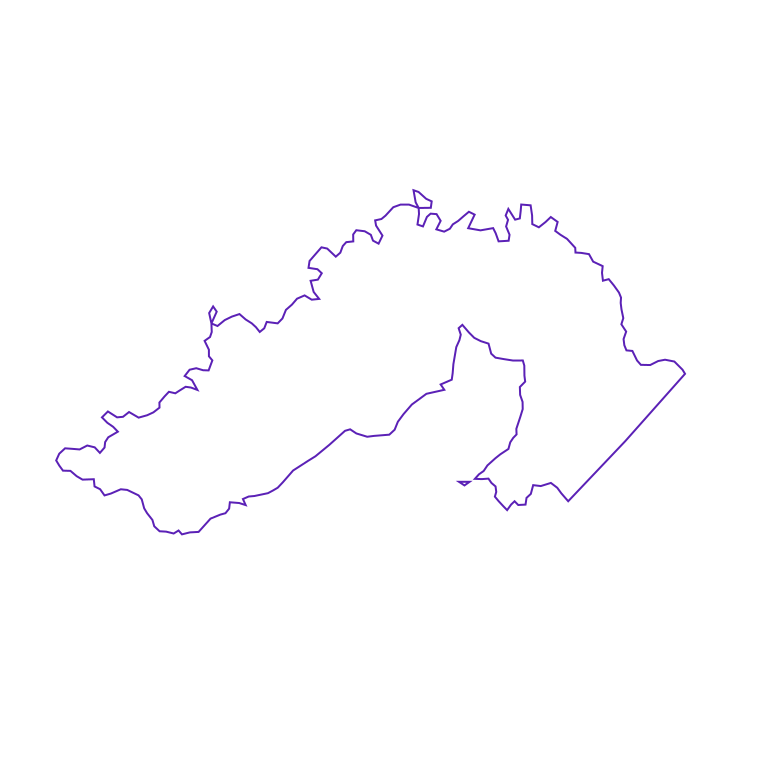 outline of Rosário do Ivaí, Paraná, Brazil, rotated 292°
{"feature_id": "56859067B13040276916511", "entity_name": "Rosário do Ivaí", "entity_type": "district", "adm_level": 2, "iso_a3": "BRA", "parent_name": "Brazil", "parent_adm1": "Paraná", "projection": "mercator", "projection_center": [-51.205, -24.314], "detail": "fine", "context": "isolated", "style": "outline", "palette": "violet", "viewbox_px": 768, "rotation_deg": 292, "n_neighbors": 0, "source": "geoboundaries", "source_scale": "gbopen_adm2", "svg_char_len": 3709}
<svg xmlns="http://www.w3.org/2000/svg" viewBox="0 0 768 768"><g transform="rotate(292 384 384)"><path d="M506.2,659.3L509.1,655.4L513.6,644.8L511.8,635.5L508.0,629.6L501.3,623.7L498.0,615.0L500.6,609.8L507.7,601.9L506.0,596.2L510.0,592.3L515.4,589.3L523.3,588.9L528.3,581.7L534.7,581.2L542.2,576.2L547.8,573.1L552.9,571.4L556.8,567.6L561.5,560.2L565.4,553.1L561.8,548.3L568.7,544.5L575.2,542.6L575.8,532.1L581.2,525.4L579.4,517.6L577.6,512.3L581.9,510.3L587.1,499.4L588.5,491.6L590.1,485.4L599.3,484.3L601.3,476.1L594.7,473.1L587.3,468.9L587.8,461.6L595.7,458.2L604.6,453.0L601.8,444.0L595.7,445.9L588.4,447.9L585.5,444.0L592.9,433.7L585.8,433.7L582.7,437.5L575.8,438.2L569.4,444.5L563.5,445.9L559.2,436.8L565.6,431.1L569.4,426.8L562.6,415.9L560.0,403.7L575.0,404.6L575.5,398.2L569.5,395.0L563.0,391.7L557.8,388.0L552.6,386.9L547.8,382.7L547.0,374.6L556.5,375.4L561.2,369.1L559.4,363.4L555.0,361.2L544.7,361.1L544.4,355.3L554.7,352.8L560.2,350.2L559.7,340.0L556.5,332.1L551.4,326.4L540.6,322.3L536.0,319.8L532.4,314.5L527.9,317.3L521.0,327.0L512.1,326.4L512.8,320.1L517.4,315.9L518.4,308.9L516.2,300.7L511.1,299.4L504.7,302.1L501.4,295.9L496.5,294.1L489.4,294.3L484.0,291.6L488.3,280.6L487.3,274.8L470.2,268.9L463.4,270.5L465.5,279.3L463.4,284.8L456.0,283.6L452.2,277.3L443.0,284.3L438.6,292.0L435.1,285.4L436.4,277.2L430.5,271.4L423.1,268.9L416.0,265.3L406.7,265.3L400.4,262.7L397.6,252.0L390.8,252.1L385.7,249.3L388.7,244.0L390.7,238.7L392.0,231.6L394.7,223.8L389.5,217.7L383.6,212.4L375.4,207.9L375.5,201.3L367.7,204.8L362.4,205.1L356.8,201.5L350.2,208.8L344.1,211.3L341.6,216.0L330.9,216.3L329.0,211.1L328.3,204.0L324.4,198.4L316.7,196.2L315.6,204.6L308.6,213.2L308.4,206.3L307.1,201.1L301.2,196.8L297.2,194.0L296.2,187.5L290.3,185.2L282.7,182.7L278.0,184.7L271.3,180.8L266.3,176.1L260.9,169.1L262.5,158.1L255.8,154.3L253.1,149.0L255.1,138.3L247.4,135.0L244.4,142.0L242.8,149.0L240.1,155.1L231.3,148.3L225.7,147.2L220.4,148.7L213.7,146.4L216.9,139.5L215.8,131.9L209.3,126.3L207.4,120.2L204.9,112.4L197.7,109.0L190.3,108.7L186.7,113.5L183.4,118.8L186.0,125.8L183.4,133.6L182.4,140.3L187.0,150.6L180.6,154.0L180.1,160.2L176.0,166.6L180.1,171.8L187.8,179.4L189.6,185.6L188.8,198.1L186.3,202.6L178.9,208.2L175.5,212.7L171.2,220.2L166.0,224.3L163.4,231.1L165.5,237.3L166.6,245.0L171.2,248.4L168.9,253.0L173.7,259.6L177.4,267.5L187.3,271.1L194.2,273.6L201.6,281.2L204.8,285.4L210.4,287.1L216.6,285.4L219.4,294.3L219.9,301.1L224.5,296.3L229.0,300.7L231.6,305.8L239.3,317.3L243.6,320.9L248.0,324.3L254.9,327.0L265.0,330.5L269.7,332.1L274.5,335.5L283.9,342.1L291.3,347.5L307.1,356.1L326.0,365.4L329.3,369.6L327.8,376.9L328.8,388.2L332.1,394.1L339.0,407.9L345.6,411.0L354.2,411.0L363.4,413.4L375.4,417.5L390.8,427.0L401.2,442.1L404.8,436.7L413.4,445.2L419.8,443.6L428.4,440.9L445.3,437.2L452.9,437.5L458.5,436.7L463.7,432.3L468.2,434.5L463.6,443.4L460.6,450.4L460.0,457.7L460.6,465.8L452.3,472.0L450.2,477.5L452.0,485.9L454.1,494.9L457.8,503.9L453.6,507.2L444.3,511.1L439.1,514.0L432.1,511.1L424.9,514.3L419.3,519.2L412.7,522.0L404.5,522.7L392.0,523.5L386.9,525.8L382.5,524.0L377.2,522.9L370.4,523.7L362.4,518.2L356.9,515.1L347.3,510.4L340.7,509.0L335.9,505.9L330.1,503.8L332.5,510.4L335.4,516.3L332.5,520.7L330.8,525.8L326.0,528.5L321.1,529.0L318.3,534.2L315.3,540.6L313.2,545.4L319.8,547.0L324.2,549.0L322.1,553.8L325.2,560.4L331.8,558.8L337.1,561.3L346.1,560.2L348.1,567.6L354.8,575.8L352.7,583.5L349.1,589.3L344.3,598.7L421.4,629.1L506.2,659.3ZM560.2,350.2L564.9,361.4L571.2,359.8L571.5,353.7L575.0,344.1L574.7,338.8L564.3,345.3L560.2,350.2ZM375.5,201.3L388.4,201.8L391.9,196.5L384.3,195.3L375.5,201.3ZM325.4,500.0L321.4,490.2L320.1,496.6L325.4,500.0Z" fill="none" stroke="#5b21b6" stroke-width="2"/></g></svg>